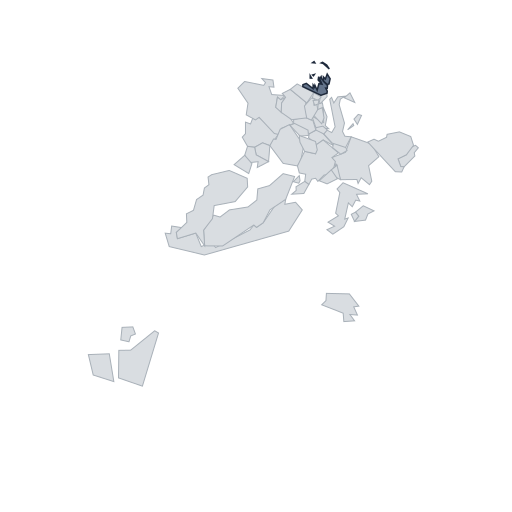 Greece highlighted on a map of Europe, rotated 218°
{"feature_id": "GRC", "entity_name": "Greece", "entity_type": "country or territory", "adm_level": 0, "iso_a3": "GRC", "parent_name": "Europe", "parent_adm1": "", "projection": "mercator", "projection_center": [23.941, 38.339], "detail": "coarse", "context": "in_parent", "style": "filled", "palette": "slate", "viewbox_px": 512, "rotation_deg": 218, "n_neighbors": 37, "source": "natural_earth", "source_scale": "50m", "svg_char_len": 7977}
<svg xmlns="http://www.w3.org/2000/svg" viewBox="0 0 512 512"><g transform="rotate(218 256 256)"><path d="M265.4,83.5L289.3,75.3L306.0,97.2L296.8,104.6L289.8,134.7L285.4,135.3L265.4,83.5ZM340.9,227.7L331.7,232.8L333.3,225.5L328.6,221.3L317.6,237.0L304.9,229.7L299.9,239.4L293.0,237.8L276.8,272.8L276.8,279.1L273.2,278.9L270.8,286.6L272.2,309.8L267.5,318.9L265.1,314.5L257.9,322.7L247.9,320.8L245.5,295.8L297.3,225.0L330.2,210.0L341.6,218.1L336.9,221.0L340.9,227.7ZM327.4,75.1L311.4,88.6L290.7,69.5L311.0,62.0L327.4,75.1ZM317.6,117.3L309.4,124.3L303.0,120.3L305.5,115.9L303.3,110.2L310.9,106.6L317.6,117.3Z" fill="#d9dde1" stroke="#a8b0b8" stroke-width="1"/><path d="M236.4,368.2L256.8,380.3L249.3,392.8L254.4,408.5L233.9,415.3L220.3,409.9L222.9,396.5L210.8,386.2L210.5,382.1L221.3,382.4L220.2,376.0L223.6,378.4L236.4,368.2ZM259.3,419.0L261.5,411.9L261.0,420.0L259.3,419.0Z" fill="#d9dde1" stroke="#a8b0b8" stroke-width="1"/><path d="M267.5,318.9L273.4,301.0L270.8,286.6L273.2,278.9L276.8,279.1L288.5,243.3L302.7,232.4L313.2,244.1L314.6,262.1L308.3,264.6L305.3,276.0L292.5,289.7L289.8,300.6L295.9,310.0L288.7,319.8L285.3,337.6L274.5,342.4L267.5,318.9Z" fill="#d9dde1" stroke="#a8b0b8" stroke-width="1"/><path d="M330.2,337.2L340.0,341.2L339.6,345.9L346.7,355.0L341.6,356.7L343.4,362.5L338.9,367.2L313.2,365.6L313.0,351.5L320.5,349.2L324.0,340.8L330.2,337.2Z" fill="#d9dde1" stroke="#a8b0b8" stroke-width="1"/><path d="M355.2,398.5L360.7,399.4L351.0,405.1L345.8,400.1L350.0,397.4L343.0,392.9L332.0,400.3L332.7,394.3L336.9,394.4L332.0,385.3L318.1,387.3L307.9,383.6L314.6,372.3L313.2,365.6L317.0,363.8L338.9,367.2L340.2,362.9L350.6,361.2L356.4,371.5L373.6,377.0L372.4,386.5L355.0,395.2L355.2,398.5Z" fill="#d9dde1" stroke="#a8b0b8" stroke-width="1"/><path d="M313.0,351.5L314.2,359.0L312.0,360.2L315.0,370.7L310.5,380.2L286.3,372.4L278.7,357.3L278.8,352.5L291.6,345.7L313.0,351.5Z" fill="#d9dde1" stroke="#a8b0b8" stroke-width="1"/><path d="M289.3,385.2L285.7,393.0L280.7,394.3L261.9,390.8L274.5,388.8L276.9,381.1L287.5,381.6L289.3,385.2Z" fill="#d9dde1" stroke="#a8b0b8" stroke-width="1"/><path d="M307.9,383.6L310.2,386.5L304.0,395.0L294.7,397.9L286.4,392.1L289.3,385.2L307.9,383.6Z" fill="#d9dde1" stroke="#a8b0b8" stroke-width="1"/><path d="M324.5,384.7L332.0,385.3L336.9,394.4L332.7,394.3L330.4,399.3L330.0,392.3L324.5,384.7Z" fill="#d9dde1" stroke="#a8b0b8" stroke-width="1"/><path d="M330.4,399.3L335.4,400.3L331.6,408.4L311.1,407.9L301.1,396.0L311.8,385.4L324.5,384.7L330.0,392.3L330.4,399.3Z" fill="#d9dde1" stroke="#a8b0b8" stroke-width="1"/><path d="M324.0,340.8L320.5,349.2L313.0,351.5L304.2,338.1L318.1,335.8L324.0,340.8Z" fill="#d9dde1" stroke="#a8b0b8" stroke-width="1"/><path d="M326.9,328.4L330.2,337.2L324.0,340.8L318.1,335.8L304.2,338.1L309.5,326.5L312.4,331.6L319.2,325.0L326.9,328.4Z" fill="#d9dde1" stroke="#a8b0b8" stroke-width="1"/><path d="M329.5,314.5L326.9,328.4L316.1,326.3L312.5,316.5L329.5,314.5Z" fill="#d9dde1" stroke="#a8b0b8" stroke-width="1"/><path d="M278.8,352.5L282.1,368.4L272.0,373.2L276.9,381.1L274.5,388.8L254.5,388.0L256.8,380.3L251.6,379.3L249.3,374.0L249.1,364.0L252.2,361.8L253.2,352.9L256.9,353.9L259.4,350.9L258.4,344.9L263.5,344.8L267.2,351.0L273.0,348.1L278.8,352.5Z" fill="#d9dde1" stroke="#a8b0b8" stroke-width="1"/><path d="M310.0,405.8L311.1,407.9L331.6,408.4L329.5,416.9L311.1,420.2L310.0,405.8Z" fill="#d9dde1" stroke="#a8b0b8" stroke-width="1"/><path d="M304.0,422.6L300.9,428.4L298.1,425.4L299.4,413.5L304.0,422.6Z" fill="#d9dde1" stroke="#a8b0b8" stroke-width="1"/><path d="M287.8,394.0L298.1,400.6L284.8,402.8L294.7,414.6L285.8,409.5L281.7,401.4L277.1,401.1L287.8,394.0Z" fill="#d9dde1" stroke="#a8b0b8" stroke-width="1"/><path d="M262.3,388.5L265.1,394.1L253.8,397.8L249.2,395.2L251.9,388.4L262.3,388.5Z" fill="#d9dde1" stroke="#a8b0b8" stroke-width="1"/><path d="M248.4,374.3L249.8,377.8L248.0,377.4L248.4,374.3Z" fill="#d9dde1" stroke="#a8b0b8" stroke-width="1"/><path d="M249.7,370.2L248.0,377.4L236.4,368.2L245.4,366.2L249.7,370.2Z" fill="#d9dde1" stroke="#a8b0b8" stroke-width="1"/><path d="M252.5,354.2L249.7,370.2L239.4,367.0L244.4,356.6L252.5,354.2Z" fill="#d9dde1" stroke="#a8b0b8" stroke-width="1"/><path d="M194.2,417.5L197.0,415.6L203.9,420.0L199.8,428.4L201.6,435.7L198.5,441.4L194.7,441.2L194.9,434.8L192.4,432.6L194.2,417.5Z" fill="#d9dde1" stroke="#a8b0b8" stroke-width="1"/><path d="M200.0,440.2L199.8,428.4L203.9,420.0L197.0,415.6L194.2,417.5L192.9,411.9L198.1,408.2L238.1,414.6L234.9,420.7L230.2,421.8L226.2,429.9L227.6,432.6L219.4,442.1L207.6,445.4L200.0,440.2Z" fill="#d9dde1" stroke="#a8b0b8" stroke-width="1"/><path d="M204.6,351.8L202.4,361.6L190.8,364.2L193.7,358.0L191.8,351.7L199.6,343.9L199.6,350.6L204.6,351.8Z" fill="#d9dde1" stroke="#a8b0b8" stroke-width="1"/><path d="M265.4,391.9L277.7,393.9L278.2,398.8L272.3,399.9L273.2,406.5L294.4,424.9L294.1,427.5L288.9,424.5L289.5,431.8L284.5,436.5L286.1,431.5L283.6,426.4L268.1,415.2L264.5,407.4L259.7,405.1L254.4,408.5L252.2,396.7L265.4,391.9ZM272.7,437.8L283.9,435.0L282.4,442.4L272.7,437.8ZM257.1,422.1L263.1,424.2L262.6,430.5L259.4,431.8L257.1,422.1Z" fill="#d9dde1" stroke="#a8b0b8" stroke-width="1"/><path d="M263.5,344.8L258.4,344.9L256.8,334.7L265.9,326.7L264.7,332.4L267.1,335.2L263.5,344.8ZM272.4,337.5L271.4,346.0L267.6,342.4L267.1,339.7L272.4,337.5Z" fill="#d9dde1" stroke="#a8b0b8" stroke-width="1"/><path d="M204.6,351.8L199.6,350.6L199.6,343.9L206.6,347.5L204.6,351.8ZM215.9,354.7L208.8,339.7L206.8,342.7L204.8,333.1L208.9,320.5L216.3,320.4L212.4,327.9L220.1,327.0L215.8,338.4L219.6,338.8L229.0,357.6L233.4,358.7L232.5,367.3L206.1,373.9L214.8,366.5L208.0,363.2L211.8,361.4L210.5,354.1L215.9,354.7Z" fill="#d9dde1" stroke="#a8b0b8" stroke-width="1"/><path d="M174.2,258.0L173.4,263.9L177.5,269.9L159.1,283.6L144.1,279.8L147.7,276.1L139.7,271.9L146.0,267.7L138.4,265.6L146.4,258.4L152.1,264.6L174.2,258.0Z" fill="#d9dde1" stroke="#a8b0b8" stroke-width="1"/><path d="M277.7,393.9L286.4,392.1L287.8,394.0L283.2,399.5L277.4,399.2L277.7,393.9Z" fill="#d9dde1" stroke="#a8b0b8" stroke-width="1"/><path d="M333.3,225.5L331.2,239.9L336.8,246.4L333.4,253.5L337.6,263.9L335.2,271.4L338.5,277.8L337.0,283.2L342.4,288.7L341.0,292.8L329.8,306.9L310.8,311.8L305.1,305.3L305.9,286.1L320.0,270.0L313.3,258.6L313.2,244.1L302.7,232.4L317.6,237.0L328.6,221.3L333.3,225.5Z" fill="#d9dde1" stroke="#a8b0b8" stroke-width="1"/><path d="M309.7,379.9L307.2,384.2L292.5,387.2L288.9,383.3L295.0,377.6L309.7,379.9Z" fill="#d9dde1" stroke="#a8b0b8" stroke-width="1"/><path d="M282.1,368.4L291.4,372.7L296.1,377.6L279.6,382.9L273.0,377.3L272.0,373.2L282.1,368.4Z" fill="#d9dde1" stroke="#a8b0b8" stroke-width="1"/><path d="M295.1,413.7L287.4,406.7L285.6,400.6L298.0,402.5L298.3,409.1L295.1,413.7Z" fill="#d9dde1" stroke="#a8b0b8" stroke-width="1"/><path d="M309.0,415.4L311.1,420.2L302.5,421.4L303.1,416.7L309.0,415.4Z" fill="#d9dde1" stroke="#a8b0b8" stroke-width="1"/><path d="M296.0,397.1L301.1,396.0L310.2,404.0L309.6,414.7L306.1,415.7L303.3,410.6L301.3,412.9L297.5,409.4L296.0,397.1Z" fill="#d9dde1" stroke="#a8b0b8" stroke-width="1"/><path d="M300.6,414.0L298.0,417.6L294.7,414.6L297.5,409.4L300.6,414.0Z" fill="#d9dde1" stroke="#a8b0b8" stroke-width="1"/><path d="M302.5,417.7L300.6,414.0L302.6,410.9L306.8,413.6L302.5,417.7Z" fill="#d9dde1" stroke="#a8b0b8" stroke-width="1"/><path d="M323.4,418.3L324.5,419.9L322.6,423.0L314.1,423.0L316.2,425.9L313.9,425.1L314.7,426.8L309.9,424.3L312.5,430.5L309.7,432.0L314.8,434.8L315.1,437.4L313.1,435.9L311.4,436.6L313.1,438.6L310.3,438.2L311.9,443.2L306.7,441.3L304.4,436.5L305.4,435.1L311.9,435.4L304.6,434.4L303.1,432.0L304.4,431.2L301.4,429.8L300.3,428.0L303.8,422.6L323.4,418.3ZM313.4,448.5L321.5,449.1L323.4,448.3L322.8,449.6L317.9,450.0L313.4,448.5ZM310.8,432.0L315.4,433.0L317.0,435.9L310.8,432.0ZM322.8,429.6L324.2,431.4L321.7,430.4L322.8,429.6ZM329.9,444.9L328.5,444.4L330.4,443.2L329.9,444.9ZM322.8,433.5L321.8,434.9L321.7,433.4L322.8,433.5Z" fill="#64748b" stroke="#1e293b" stroke-width="1.5"/></g></svg>